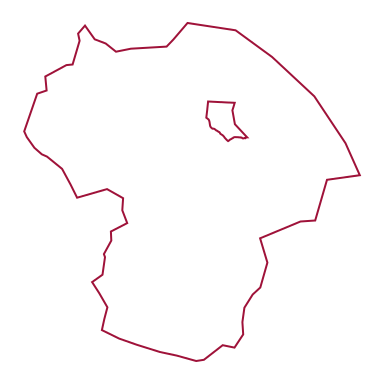 the district of Taragt, Övörhangay, Mongolia
{"feature_id": "93677404B58682850586725", "entity_name": "Taragt", "entity_type": "district", "adm_level": 2, "iso_a3": "MNG", "parent_name": "Mongolia", "parent_adm1": "Övörhangay", "projection": "robinson", "projection_center": [102.735, 46.092], "detail": "fine", "context": "isolated", "style": "outline", "palette": "rose", "viewbox_px": 384, "rotation_deg": 0, "n_neighbors": 0, "source": "geoboundaries", "source_scale": "gbopen_adm2", "svg_char_len": 2035}
<svg xmlns="http://www.w3.org/2000/svg" viewBox="0 0 384 384"><path d="M359.8,175.2L345.5,143.2L314.3,96.3L272.1,57.0L235.6,30.3L187.5,23.0L173.4,39.5L166.6,46.6L130.9,48.7L116.0,51.7L105.7,43.5L94.7,39.3L85.0,25.6L78.1,33.6L79.6,40.8L72.6,64.5L66.4,65.1L45.3,76.5L46.6,90.5L37.2,93.7L24.2,131.4L26.8,137.1L34.4,147.8L41.8,154.3L47.0,156.6L62.1,168.9L70.6,184.6L77.1,197.7L107.0,189.1L123.1,198.2L122.3,210.3L127.2,223.1L110.9,231.5L111.3,240.6L103.9,254.1L105.0,257.1L102.5,274.7L92.1,282.1L99.2,293.1L107.4,307.3L104.3,319.1L101.9,330.1L119.2,338.6L136.6,344.7L159.9,352.0L176.8,355.6L196.2,361.0L203.9,359.8L222.7,345.2L234.5,347.6L243.2,334.4L242.4,322.1L244.4,307.7L252.7,294.5L260.3,287.5L267.4,262.6L260.1,238.3L300.5,221.5L315.2,220.5L327.0,179.8L359.8,175.2ZM234.9,124.2L247.1,137.3L246.8,137.3L246.4,137.3L246.1,137.4L246.1,137.5L245.9,137.7L245.9,137.8L245.7,138.0L245.4,138.2L244.9,137.9L244.4,138.0L244.0,138.3L243.4,138.4L242.5,138.3L242.0,137.9L241.7,137.6L241.4,137.5L241.1,137.5L240.4,137.5L240.1,137.3L239.3,137.4L238.9,137.4L238.3,137.2L237.9,137.2L236.8,137.2L235.6,137.1L234.8,137.1L234.0,137.3L233.6,137.5L233.3,137.6L232.9,138.1L232.7,138.2L232.4,138.3L232.1,138.4L231.6,138.8L231.1,139.1L230.6,139.3L230.0,139.6L229.4,140.2L228.3,141.0L228.1,141.1L226.9,140.1L224.6,137.6L224.2,136.9L223.6,136.2L223.0,135.6L222.6,135.2L222.1,134.9L221.3,134.4L220.7,134.0L220.5,133.9L220.3,133.6L220.1,133.3L219.9,132.9L219.7,132.5L219.4,132.2L219.1,132.0L218.7,131.9L218.2,131.6L217.5,131.0L217.0,130.8L216.8,130.6L216.2,130.4L215.2,129.5L214.3,128.9L213.8,128.7L213.3,128.7L212.5,128.7L212.2,128.5L211.5,127.9L210.9,127.3L210.4,126.6L210.3,126.2L210.2,126.0L210.1,125.8L209.9,124.4L209.8,124.0L209.8,123.9L209.7,123.2L209.5,121.9L209.1,120.4L208.5,119.4L207.6,118.7L206.3,117.7L207.3,109.3L207.3,109.1L208.1,101.5L219.7,102.1L219.9,102.1L220.6,102.1L220.8,102.1L223.9,102.3L227.7,102.5L228.2,102.5L232.6,102.7L234.7,102.8L233.4,107.2L233.3,107.5L232.4,110.3L234.9,124.2Z" fill="none" stroke="#9f1239" stroke-width="2"/></svg>